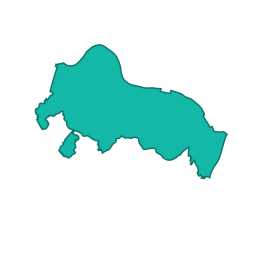 Gia Binh, Bắc Ninh, Vietnam, rotated 35°
{"feature_id": "81297802B26729031323268", "entity_name": "Gia Binh", "entity_type": "district", "adm_level": 2, "iso_a3": "VNM", "parent_name": "Vietnam", "parent_adm1": "Bắc Ninh", "projection": "albers", "projection_center": [106.208, 21.064], "detail": "fine", "context": "isolated", "style": "filled", "palette": "teal", "viewbox_px": 256, "rotation_deg": 35, "n_neighbors": 0, "source": "geoboundaries", "source_scale": "gbopen_adm2", "svg_char_len": 5756}
<svg xmlns="http://www.w3.org/2000/svg" viewBox="0 0 256 256"><g transform="rotate(35 128 128)"><path d="M212.8,76.3L211.6,76.4L208.5,76.2L208.3,76.3L207.4,77.3L206.9,77.7L204.5,79.4L200.5,81.5L197.9,79.7L196.1,78.6L195.0,80.2L194.0,79.9L191.0,78.7L189.5,77.9L188.5,77.6L186.5,76.9L184.3,75.8L182.8,74.8L182.5,74.6L182.6,74.3L183.0,73.4L182.5,72.8L181.6,72.1L180.9,71.7L179.5,71.1L178.8,70.7L177.6,70.1L175.1,69.4L174.4,69.1L170.7,68.6L164.1,68.1L163.4,68.1L161.5,68.4L158.5,69.3L157.1,69.6L156.0,69.6L151.8,69.5L149.1,70.4L146.0,71.2L145.0,71.6L141.7,72.5L142.7,75.5L139.8,77.0L135.8,78.6L133.4,79.3L132.6,76.9L129.9,78.5L127.4,80.0L126.0,80.6L124.9,81.2L122.1,83.3L119.5,85.2L116.9,86.3L113.8,87.6L111.4,88.4L108.9,89.5L106.3,90.6L103.6,91.2L102.5,91.3L98.6,91.1L96.8,90.7L95.5,90.1L94.5,89.5L90.6,86.6L89.3,85.2L87.0,82.6L86.3,81.9L82.8,79.3L82.1,78.7L80.4,77.7L77.8,76.2L76.1,75.6L74.5,75.3L71.9,74.9L69.2,74.8L64.4,74.8L62.4,74.7L60.5,74.9L59.3,75.2L57.4,76.0L56.5,76.6L55.0,78.1L53.6,79.8L52.4,82.1L51.5,84.9L50.8,87.7L50.5,89.3L50.4,90.4L50.6,93.2L50.5,96.9L49.9,101.9L49.3,104.7L48.8,106.0L48.0,107.5L47.1,108.5L46.3,109.4L44.8,110.5L43.5,111.2L42.1,111.7L40.7,111.8L39.1,111.8L37.9,111.6L36.9,113.0L34.8,114.9L34.5,115.3L34.6,115.9L34.5,116.0L33.9,116.1L33.9,116.6L32.5,117.1L32.9,117.9L33.4,119.2L35.2,118.5L36.4,123.0L39.6,132.6L43.2,142.8L44.0,142.6L46.7,142.5L47.0,144.2L46.9,144.4L46.1,145.2L45.9,145.7L45.9,147.3L45.9,151.7L45.8,151.8L44.2,150.9L44.2,154.1L44.3,154.3L45.8,155.2L45.4,155.9L44.3,156.8L43.2,157.2L42.1,158.1L41.9,158.4L41.8,158.9L42.1,159.9L42.2,160.3L43.0,161.3L43.1,162.1L42.9,162.9L42.2,164.6L41.6,165.7L42.1,166.0L41.9,166.3L42.3,166.8L42.6,166.7L43.6,167.9L43.3,168.2L45.1,169.3L45.5,168.9L46.0,169.1L46.4,169.2L46.9,169.0L47.1,170.1L48.1,170.2L48.1,171.0L47.7,171.2L47.6,171.4L47.9,171.8L49.1,172.4L48.5,173.5L56.3,177.4L58.0,178.1L58.8,178.3L59.3,176.9L60.4,176.8L61.3,174.7L61.3,174.2L61.1,173.6L61.3,172.9L61.0,172.0L60.9,170.1L59.2,169.9L59.3,169.1L55.1,168.0L55.8,165.2L55.9,164.2L56.6,164.1L56.6,162.2L58.2,161.9L59.9,161.2L60.4,160.9L60.9,160.0L60.5,159.8L60.9,158.6L61.4,157.6L62.9,155.6L63.2,155.0L63.4,154.6L63.5,153.9L63.6,153.2L64.7,151.8L64.8,151.7L65.0,151.7L65.5,152.0L65.8,152.4L66.7,153.8L66.9,154.3L67.3,154.5L68.4,154.4L68.7,154.6L69.0,154.8L70.4,157.2L70.9,157.5L71.8,157.8L73.5,157.9L74.2,157.9L74.3,157.9L75.2,159.6L76.1,160.5L76.9,161.0L79.5,162.0L80.2,162.1L80.7,162.1L83.0,161.2L84.5,160.9L84.3,162.2L83.9,166.0L83.1,173.9L84.0,174.1L83.7,175.6L83.2,177.8L84.7,178.3L84.3,179.6L83.9,180.9L83.4,182.0L84.3,184.4L84.5,185.6L84.2,185.8L84.3,186.0L86.5,186.7L86.6,186.2L86.9,186.3L87.0,186.3L86.9,186.7L87.9,187.3L88.2,186.9L88.9,187.2L89.2,186.8L89.4,186.9L89.7,186.7L89.9,186.9L89.9,187.3L90.4,187.4L90.4,187.8L91.4,187.9L91.7,187.4L91.8,187.4L92.0,187.8L92.5,187.8L92.8,187.3L93.1,187.3L93.2,186.9L93.7,186.8L93.9,186.5L94.4,186.5L94.5,186.7L94.8,186.6L94.9,186.9L96.0,186.9L96.9,185.9L97.1,185.5L97.6,183.0L98.3,180.2L98.9,180.0L99.0,178.9L98.9,178.2L98.4,178.0L96.4,177.5L96.1,173.9L96.0,173.2L92.5,171.1L93.1,169.3L93.2,168.8L91.8,168.1L92.1,167.2L92.8,167.1L93.1,166.8L93.3,166.5L93.9,166.4L93.9,166.1L93.8,165.2L93.5,164.9L93.5,164.2L92.7,164.1L92.2,163.9L92.2,163.3L90.9,163.2L90.0,163.2L89.9,164.0L85.5,164.0L85.7,160.8L88.8,159.6L89.6,159.5L91.1,159.5L92.1,159.3L93.8,159.5L95.3,160.2L96.1,160.2L96.5,160.1L97.1,159.7L97.7,159.1L98.7,158.0L99.5,157.4L100.3,157.3L101.6,157.4L103.6,157.4L105.4,157.4L107.7,157.0L109.0,156.7L111.7,155.5L112.0,156.6L112.3,158.7L113.8,158.7L113.8,159.9L115.8,160.4L115.8,163.1L116.9,163.2L117.8,162.3L117.8,161.5L118.2,161.0L118.9,161.2L119.1,161.3L119.2,161.8L119.4,161.9L119.8,162.0L120.1,161.8L121.4,163.3L122.4,160.7L122.8,159.8L123.7,158.2L124.8,156.7L124.9,156.2L125.0,154.1L125.0,153.2L124.9,152.7L124.8,151.0L125.1,148.9L125.6,147.8L125.7,147.2L125.9,146.7L125.9,146.1L125.7,145.3L125.6,145.1L124.2,143.8L126.3,141.9L126.9,140.7L127.1,139.4L127.1,138.5L128.5,138.1L130.2,138.1L130.7,138.1L131.0,138.0L132.4,137.0L133.2,136.2L134.1,135.5L136.0,135.0L136.6,134.6L137.0,134.0L137.8,132.7L138.4,132.1L139.7,131.3L140.2,131.0L140.8,130.8L141.6,130.7L142.0,130.7L142.7,130.9L143.7,131.7L144.4,132.5L145.5,133.5L146.3,134.1L147.1,134.4L149.1,134.9L152.0,136.3L152.5,136.4L152.9,136.4L153.8,136.1L156.4,133.4L159.4,130.7L160.9,129.7L161.5,129.5L162.7,129.6L163.5,129.8L164.5,131.3L164.8,131.5L165.2,131.6L167.2,131.5L169.7,131.3L171.0,131.2L171.8,131.3L172.2,131.4L172.5,131.6L173.1,132.2L174.9,132.2L176.7,132.0L177.9,131.8L179.1,131.3L180.4,130.5L181.0,130.0L182.4,128.5L182.8,127.9L184.4,124.8L184.6,124.4L184.8,122.9L185.1,121.8L186.4,119.7L186.4,119.0L186.3,118.3L186.1,117.8L186.2,117.1L187.4,112.5L187.6,111.8L188.1,110.2L188.6,109.2L188.9,108.8L191.4,112.9L193.3,116.2L194.4,115.7L195.5,115.0L195.7,115.8L196.1,116.0L196.8,116.0L196.7,117.0L197.5,116.9L197.4,118.8L199.5,119.8L199.6,120.0L199.8,121.7L200.8,121.8L200.9,120.5L200.9,119.5L200.8,119.3L200.6,119.1L200.6,118.9L200.6,117.7L200.6,117.2L201.0,116.9L201.0,116.4L201.2,116.2L202.2,117.5L202.5,117.8L207.5,120.3L210.2,122.3L210.1,122.6L210.2,123.1L210.6,123.5L210.3,123.9L210.3,124.2L210.5,124.5L210.8,124.6L210.6,125.1L211.4,125.6L212.8,126.4L213.3,126.6L213.5,126.6L213.8,126.2L214.1,126.2L214.4,125.8L214.1,124.9L214.9,125.2L215.4,125.2L216.7,125.0L216.7,126.9L217.5,126.7L217.9,126.4L218.1,125.7L217.6,125.7L217.6,125.0L218.1,125.0L218.1,125.4L218.8,125.4L218.9,125.9L219.3,125.9L219.4,125.3L219.6,125.0L219.0,124.1L219.6,123.8L219.5,123.2L220.3,122.6L221.5,122.2L223.5,121.7L222.4,119.3L221.5,116.4L221.1,114.0L220.8,110.9L220.6,103.5L220.1,100.6L219.9,99.7L217.3,91.8L216.4,89.4L215.3,86.3L213.4,80.5L212.9,78.0L212.8,76.3Z" fill="#14b8a6" stroke="#0f766e" stroke-width="1.5"/></g></svg>